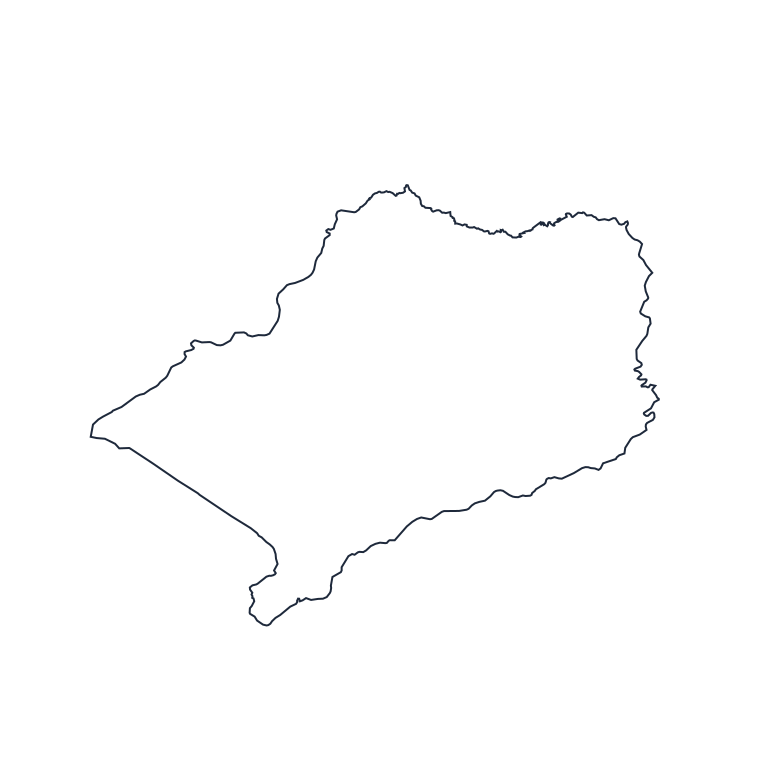 outline of Lacluta, Viqueque, East Timor, rotated 68°
{"feature_id": "22284137B55605414153919", "entity_name": "Lacluta", "entity_type": "district", "adm_level": 2, "iso_a3": "TLS", "parent_name": "East Timor", "parent_adm1": "Viqueque", "projection": "robinson", "projection_center": [126.14, -8.806], "detail": "fine", "context": "isolated", "style": "outline", "palette": "slate", "viewbox_px": 768, "rotation_deg": 68, "n_neighbors": 0, "source": "geoboundaries", "source_scale": "gbopen_adm2", "svg_char_len": 6149}
<svg xmlns="http://www.w3.org/2000/svg" viewBox="0 0 768 768"><g transform="rotate(68 384 384)"><path d="M323.1,675.7L326.5,670.6L330.2,663.3L338.7,655.7L344.5,653.6L347.9,644.2L348.6,643.6L371.2,628.0L396.6,611.2L415.6,597.5L417.7,596.5L449.3,575.1L467.7,561.6L474.9,557.5L477.8,557.0L480.3,554.9L486.4,552.3L490.0,550.0L493.4,548.4L495.6,547.9L501.0,548.2L505.6,549.6L511.0,550.1L515.7,555.8L518.8,555.2L519.6,556.4L519.8,558.4L519.5,560.7L518.8,562.2L518.6,565.2L521.8,575.9L522.0,577.5L521.4,581.4L522.4,584.6L524.4,585.2L528.2,584.3L529.6,585.7L531.4,585.4L532.9,586.3L533.9,585.3L536.8,585.7L540.3,589.8L541.6,592.3L545.8,594.3L546.9,594.3L551.2,591.1L555.8,590.3L561.8,586.3L563.9,583.3L564.2,581.6L563.7,579.2L562.0,576.7L560.2,572.2L559.3,566.8L555.3,554.3L554.9,547.9L553.4,545.8L552.6,545.9L550.8,544.1L551.3,543.1L554.0,543.3L554.1,540.5L553.3,536.5L556.9,532.5L558.5,525.8L560.2,521.0L560.1,516.9L557.6,512.6L556.3,511.2L553.3,509.4L551.1,508.8L543.6,504.1L542.3,494.5L541.0,493.1L538.0,491.9L530.3,481.5L529.7,477.3L531.3,475.2L530.3,471.4L530.4,469.7L532.1,466.2L531.6,462.9L529.3,457.0L529.0,451.8L529.6,447.2L532.1,442.3L532.4,440.9L531.1,438.3L531.0,437.2L532.9,432.6L524.6,416.2L522.4,409.4L521.5,404.0L521.7,399.5L526.6,392.0L527.0,390.3L524.2,378.3L524.3,376.0L529.8,362.0L531.5,354.5L531.4,352.3L529.5,348.1L528.7,344.5L529.0,339.8L530.0,334.1L528.0,327.5L525.4,322.5L525.1,320.5L525.3,318.8L526.1,315.9L527.6,313.7L533.9,309.4L536.6,306.8L537.9,304.8L539.2,302.0L539.4,297.0L540.9,294.7L542.3,290.4L542.1,288.8L540.6,287.5L539.6,284.2L538.5,282.6L536.9,272.9L536.1,271.3L533.4,269.2L533.0,268.2L532.9,266.5L534.0,264.7L534.2,260.9L537.0,257.3L538.4,254.6L537.7,241.2L536.2,231.9L536.5,228.5L537.6,225.9L539.4,223.8L541.3,220.1L544.0,217.3L543.4,214.8L539.6,210.6L540.4,197.1L539.2,195.7L538.2,192.5L538.5,187.1L533.5,184.2L527.5,175.8L526.5,173.2L526.7,165.8L524.9,157.8L521.5,157.3L519.6,156.3L518.6,154.5L518.0,148.1L516.2,145.7L513.2,144.7L511.5,144.8L511.0,145.6L510.8,147.2L512.4,151.1L511.8,152.8L509.8,154.1L508.8,154.2L508.1,153.7L506.6,145.6L502.1,140.3L501.5,135.1L500.6,134.8L499.0,135.8L496.3,135.9L490.2,137.6L489.5,137.2L487.3,133.1L484.5,137.2L486.1,139.8L485.8,140.9L484.3,142.1L482.9,146.0L481.9,145.9L481.6,145.3L480.7,141.1L478.9,139.1L478.2,139.0L477.6,139.7L475.9,144.9L474.1,146.7L473.0,144.9L472.3,142.4L471.5,141.7L468.4,142.9L467.1,143.9L465.5,146.4L464.3,146.4L463.9,145.4L464.0,139.6L462.8,137.8L461.0,137.6L457.2,140.1L455.4,140.3L446.8,137.2L440.8,128.4L437.7,122.6L436.2,121.1L430.5,117.7L427.9,114.2L422.8,112.9L421.6,113.2L419.1,116.4L414.8,119.5L412.9,119.4L405.2,111.9L404.8,109.3L403.7,107.1L402.8,106.6L396.2,106.6L390.5,105.4L387.6,103.0L383.2,97.9L381.4,93.6L371.9,96.5L366.2,97.1L361.5,99.4L359.6,99.2L358.4,98.4L350.9,92.3L347.8,93.5L345.7,95.1L343.9,97.5L341.6,99.0L336.6,100.9L332.1,101.4L329.6,101.0L328.8,100.6L327.5,98.3L326.2,97.5L324.4,97.5L324.4,99.6L325.4,101.4L325.2,104.2L323.8,106.0L317.1,107.3L316.1,109.3L316.4,114.2L313.8,117.8L312.6,123.4L311.0,124.7L308.8,125.3L307.5,126.9L305.2,128.3L303.7,132.9L300.2,134.2L299.4,135.2L299.8,136.2L297.9,139.7L299.9,146.4L299.2,147.2L296.9,147.4L295.3,148.4L294.4,150.4L294.5,151.6L294.9,151.9L297.4,151.9L298.1,158.8L297.2,159.1L296.6,158.7L296.2,159.2L296.5,161.5L296.9,161.7L298.6,160.3L298.9,161.6L298.3,163.7L298.6,165.8L299.3,166.6L300.7,166.4L300.9,167.1L300.3,167.9L297.4,169.6L296.4,170.0L296.1,169.6L295.7,170.1L295.8,170.9L296.5,171.7L298.3,172.6L298.9,173.6L296.7,175.1L296.6,176.4L295.3,176.3L294.9,175.4L294.0,175.9L293.8,176.2L294.6,177.0L295.2,178.6L294.9,178.9L293.2,177.6L292.6,178.0L294.8,186.3L295.2,187.6L296.3,188.4L296.2,189.1L296.7,190.6L296.7,191.2L296.2,191.2L296.1,191.8L296.1,193.4L295.5,195.6L295.7,197.8L296.5,197.5L295.7,202.0L296.5,202.6L298.7,201.5L298.9,202.3L297.8,204.2L297.8,206.4L296.2,209.9L294.0,210.7L293.6,211.5L291.6,213.2L288.3,214.4L287.8,215.8L285.4,216.2L285.5,217.4L285.0,218.0L286.7,218.4L286.9,219.2L285.5,220.3L285.3,221.5L284.3,222.0L285.7,225.6L285.7,226.3L284.8,227.4L284.5,229.4L283.8,230.1L281.5,229.9L280.8,230.7L280.4,233.3L279.9,234.2L277.9,235.3L276.7,237.1L274.9,238.4L274.9,239.6L272.2,241.7L272.2,243.1L270.9,246.2L268.9,248.2L267.4,247.7L266.2,249.6L266.4,251.8L264.7,253.4L262.4,256.4L262.0,257.9L259.8,257.1L259.0,257.8L257.7,257.1L256.5,257.1L255.8,258.1L255.1,257.9L253.1,259.3L249.4,258.2L248.7,262.7L247.5,264.3L247.0,265.9L244.1,267.3L243.3,268.3L242.7,270.0L242.6,273.9L241.4,274.7L239.6,274.9L239.3,274.5L238.4,274.8L236.1,279.6L234.1,280.5L233.3,281.9L230.7,282.3L227.8,281.4L224.1,281.4L221.2,284.0L218.7,284.3L217.1,286.2L214.6,286.7L213.6,287.6L208.7,287.5L208.1,288.4L208.2,289.1L209.5,289.9L210.0,291.7L213.3,292.4L213.8,294.7L213.2,297.4L212.6,298.2L213.0,299.6L212.5,300.6L214.0,301.8L213.9,302.7L210.2,304.5L207.9,306.8L207.6,308.2L206.1,309.5L206.3,312.2L205.8,314.0L205.3,315.1L204.1,315.8L203.8,316.9L204.2,319.0L203.9,321.0L204.4,323.3L206.4,326.1L206.2,327.6L206.6,328.4L207.4,328.2L207.8,330.5L209.7,333.2L211.2,337.6L211.2,339.7L212.8,341.7L213.9,345.8L213.6,347.3L206.9,358.7L206.8,362.5L208.4,364.3L209.8,365.2L213.7,365.8L217.5,369.8L221.0,372.3L221.0,375.8L219.5,377.6L220.1,380.0L221.7,380.2L224.1,378.0L225.6,378.6L227.0,384.2L228.1,385.4L233.3,388.2L235.3,390.5L239.0,393.1L241.8,398.4L244.6,401.3L251.6,405.9L254.1,408.6L255.4,410.8L256.4,414.0L257.2,420.0L257.0,428.6L256.0,434.2L256.0,437.0L258.5,442.0L260.7,447.9L265.0,451.4L268.8,452.5L271.8,452.1L276.2,452.8L282.3,456.2L285.6,458.9L294.4,471.3L294.5,474.6L294.0,476.8L291.6,482.1L290.6,488.3L287.8,492.0L285.6,492.7L283.7,494.5L280.8,502.7L281.3,503.8L286.2,510.2L287.3,518.6L286.9,521.1L285.3,524.4L280.5,528.8L279.7,530.2L277.2,537.3L273.2,542.2L272.7,543.2L272.8,544.4L274.0,547.7L276.0,548.1L279.1,546.7L280.0,547.4L280.3,550.0L279.5,555.5L279.7,556.9L281.5,557.7L284.4,557.3L286.6,559.9L288.1,563.8L288.5,573.2L289.0,575.1L295.2,581.9L296.4,584.0L298.4,590.7L300.2,593.8L300.9,596.2L301.5,602.8L303.2,610.1L302.5,614.4L302.6,618.8L307.0,636.0L307.2,645.4L308.0,646.9L309.0,656.8L309.9,662.1L312.6,669.0L323.1,675.7Z" fill="none" stroke="#1e293b" stroke-width="2"/></g></svg>